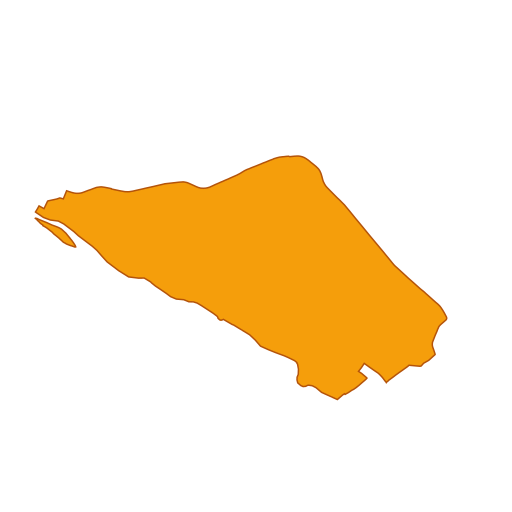 Hilwan, Al Qahirah, Egypt (orthographic projection), rotated 308°
{"feature_id": "37247803B18472339316050", "entity_name": "Hilwan", "entity_type": "district", "adm_level": 2, "iso_a3": "EGY", "parent_name": "Egypt", "parent_adm1": "Al Qahirah", "projection": "orthographic", "projection_center": [31.32, 29.854], "detail": "fine", "context": "isolated", "style": "filled", "palette": "amber", "viewbox_px": 512, "rotation_deg": 308, "n_neighbors": 0, "source": "geoboundaries", "source_scale": "gbopen_adm2", "svg_char_len": 5943}
<svg xmlns="http://www.w3.org/2000/svg" viewBox="0 0 512 512"><g transform="rotate(308 256 256)"><path d="M190.8,66.6L182.4,69.0L181.0,65.7L178.1,63.8L171.4,58.2L170.9,58.0L162.8,59.8L161.9,54.2L158.0,54.8L154.9,55.1L154.9,56.1L155.5,64.7L157.7,71.7L161.8,78.7L162.9,84.7L163.1,97.4L162.6,103.4L162.9,121.1L162.5,127.1L161.1,134.2L159.7,142.3L159.9,156.9L161.1,168.5L166.2,177.0L169.8,181.5L170.7,188.9L170.5,190.3L170.4,195.2L170.8,200.6L171.3,208.4L171.4,213.7L173.0,219.7L177.1,226.0L178.6,231.3L181.3,234.9L182.7,238.7L183.3,243.4L183.9,250.2L184.5,257.3L184.6,262.2L184.3,263.4L183.5,264.5L183.4,265.7L183.4,267.2L184.4,268.5L186.0,269.3L186.4,272.4L187.4,279.6L187.8,280.6L190.0,299.4L189.3,307.2L187.8,314.7L187.8,315.3L189.8,323.4L192.0,331.1L194.7,339.5L195.8,343.8L197.3,350.8L197.2,353.8L196.6,354.4L196.4,355.3L193.0,359.1L188.7,362.2L185.8,363.0L183.6,364.6L181.7,367.0L181.5,371.1L182.1,373.5L183.9,375.4L185.7,376.2L186.6,377.0L188.4,380.2L189.2,384.4L188.9,391.6L193.0,408.5L199.7,409.8L201.5,410.4L202.0,410.6L201.8,411.4L205.3,412.9L209.0,414.1L210.2,414.6L211.1,415.1L211.6,415.2L213.8,415.9L217.6,416.8L221.9,417.6L224.7,418.2L226.5,418.5L227.4,418.6L228.1,418.6L228.2,418.2L228.3,416.3L228.5,411.4L228.2,407.8L232.8,407.8L238.0,407.4L238.3,414.4L238.6,420.1L238.8,422.9L238.9,423.9L238.8,425.7L238.7,426.6L238.5,428.0L238.1,430.4L237.8,431.6L237.0,434.5L236.6,436.4L236.5,436.6L237.1,436.6L238.7,437.0L240.3,437.2L241.1,437.5L241.6,437.6L244.0,438.3L245.8,438.8L247.9,439.3L250.3,440.0L252.1,440.5L254.1,441.1L257.4,442.1L259.8,442.8L261.1,443.2L263.2,443.7L264.1,443.8L265.5,446.0L266.6,447.7L268.4,450.5L270.1,453.1L270.7,453.6L271.1,453.9L274.7,454.1L280.0,456.3L280.4,456.4L288.6,457.8L289.1,457.3L290.8,454.8L291.9,453.1L293.1,451.2L294.3,449.8L295.5,448.9L296.7,448.2L298.3,447.7L300.3,447.1L303.6,446.1L305.1,445.7L307.9,445.0L310.0,444.3L311.4,444.0L312.8,443.6L313.4,443.6L314.4,443.6L316.0,443.8L319.5,444.5L322.2,445.0L323.0,445.1L323.8,444.9L324.4,444.6L324.7,444.3L325.2,443.6L327.0,439.6L328.2,436.6L329.2,433.6L329.7,431.7L330.0,429.5L330.1,427.8L330.1,426.6L330.9,414.7L331.0,412.8L331.2,411.1L331.3,405.5L331.8,398.0L332.3,389.8L333.3,377.7L333.7,372.2L333.8,371.1L334.0,369.9L334.4,368.0L335.6,362.8L336.7,357.8L338.0,352.1L340.1,342.3L342.4,331.6L344.7,321.4L347.0,310.8L348.9,302.6L350.1,297.0L350.7,294.3L351.2,290.2L351.4,288.9L351.5,288.0L351.7,286.1L351.8,284.7L351.9,283.8L352.4,279.8L352.9,276.0L353.1,274.4L353.6,270.8L353.7,269.9L353.8,269.5L353.9,268.9L354.0,268.3L354.2,267.7L354.3,267.3L354.4,266.9L354.5,266.7L354.7,266.4L354.8,265.9L355.2,265.1L355.5,264.5L355.9,263.6L356.0,263.4L356.1,263.2L356.3,262.9L356.6,262.5L356.8,262.1L357.6,261.1L358.8,259.5L359.3,258.9L359.5,258.5L360.0,257.9L360.4,257.3L360.8,256.7L361.1,256.3L361.4,255.7L361.6,255.3L361.8,254.9L362.0,254.6L362.3,254.0L362.4,253.7L362.5,253.5L362.6,253.1L362.9,252.4L363.0,251.9L363.1,251.6L363.1,251.2L363.2,250.8L363.3,250.3L363.3,249.7L363.4,249.1L363.5,248.3L363.6,244.3L363.6,241.2L363.7,240.0L363.7,239.0L363.7,237.9L363.7,237.5L363.6,236.6L363.6,235.9L363.5,235.2L363.5,234.8L363.4,234.5L363.4,234.2L363.3,233.9L363.3,233.5L363.1,232.9L363.0,232.6L363.0,232.4L362.8,231.8L362.6,231.2L362.3,230.6L362.1,230.0L362.0,229.8L361.8,229.5L361.7,229.3L361.4,228.8L361.2,228.3L360.8,227.8L360.6,227.6L360.2,227.0L359.6,226.3L359.2,225.9L358.8,225.4L357.7,224.2L355.1,221.5L354.6,220.1L353.8,219.3L353.3,218.7L351.6,217.0L350.5,215.8L349.3,214.6L348.3,213.6L347.4,212.9L346.5,212.2L345.1,211.2L343.7,210.2L342.6,209.7L341.2,208.8L339.7,207.9L337.6,206.7L335.8,205.7L333.9,204.5L331.7,203.3L327.0,200.6L322.5,197.9L320.6,196.9L318.7,195.7L316.7,194.7L315.3,194.1L314.1,193.7L312.9,193.2L311.7,192.8L310.5,192.3L309.3,191.7L308.1,191.2L304.4,189.2L301.4,187.6L299.6,186.7L296.8,185.1L294.3,183.8L292.4,182.7L291.2,182.1L288.1,180.4L287.4,180.0L286.8,179.7L285.6,179.1L284.2,178.4L282.9,177.7L281.7,177.1L280.9,176.5L280.2,176.0L279.6,175.6L279.2,175.2L278.9,174.9L278.3,174.4L277.9,173.9L277.4,173.3L276.8,172.7L276.5,172.1L276.1,171.6L275.3,170.4L275.0,169.6L274.7,168.9L274.4,168.2L274.2,167.3L273.9,166.4L273.6,165.1L273.3,163.8L272.5,160.5L272.0,158.5L271.6,157.0L271.2,156.0L270.7,155.0L270.3,154.2L270.0,153.7L269.5,152.9L269.3,152.7L266.6,149.7L260.3,143.3L256.9,139.8L247.8,132.5L240.9,126.8L239.1,125.4L237.9,124.4L234.0,121.2L231.4,119.1L228.8,116.7L227.8,115.6L226.8,114.2L226.0,113.1L223.8,109.0L220.9,103.1L219.8,100.8L220.0,100.5L219.1,98.6L217.1,94.7L215.9,92.6L215.2,91.5L214.4,90.6L212.8,89.0L211.7,88.0L210.9,87.5L209.0,86.3L206.8,85.0L204.1,83.2L203.4,82.8L202.6,82.3L201.2,81.5L199.0,80.1L198.5,79.8L198.2,79.5L197.9,79.3L197.6,79.0L197.0,78.5L196.2,77.6L195.9,77.3L195.7,77.0L195.3,76.5L194.9,76.0L194.6,75.5L194.1,74.8L193.8,74.2L193.4,73.4L193.0,72.5L192.7,71.8L192.4,71.1L192.0,69.9L191.8,69.4L191.5,68.6L191.1,67.4L190.8,66.6ZM152.1,108.3L152.2,108.2L152.3,108.2L152.5,107.9L152.7,107.5L152.9,107.2L153.0,106.8L153.2,106.4L153.4,105.9L153.6,105.3L153.8,104.6L154.0,104.2L154.1,103.8L154.2,103.5L154.4,102.7L154.5,102.4L154.6,102.1L154.7,101.8L154.8,101.4L155.1,100.1L155.2,99.6L155.4,98.8L155.5,98.5L155.6,98.1L155.7,97.9L155.7,97.6L156.1,95.9L156.2,95.3L156.4,94.5L156.5,94.1L156.5,93.8L156.7,93.3L156.7,93.1L156.8,92.8L156.9,92.4L157.0,91.3L157.1,89.8L157.3,87.7L157.4,86.1L157.2,84.7L156.9,83.0L156.4,81.1L155.5,78.3L154.8,76.2L153.5,70.6L151.2,62.6L150.7,60.2L150.0,58.9L149.8,58.9L149.8,60.0L150.0,61.2L149.5,61.6L149.4,63.6L149.1,65.2L149.0,67.1L149.1,67.6L149.1,69.2L148.7,69.4L149.1,71.9L149.3,74.0L149.3,80.6L148.9,83.2L148.9,85.9L148.8,89.7L148.6,91.5L148.5,93.4L148.3,94.9L148.3,95.4L148.3,95.7L148.3,96.0L148.6,97.6L148.7,98.5L148.7,98.9L148.8,99.2L148.9,99.6L148.9,99.8L149.2,100.7L149.3,101.1L149.9,103.1L150.0,103.4L150.1,103.7L150.4,104.4L150.7,105.0L150.8,105.5L151.3,107.0L151.5,107.6L151.6,107.8L152.0,108.2L152.1,108.3Z" fill="#f59e0b" stroke="#b45309" stroke-width="1.5"/></g></svg>